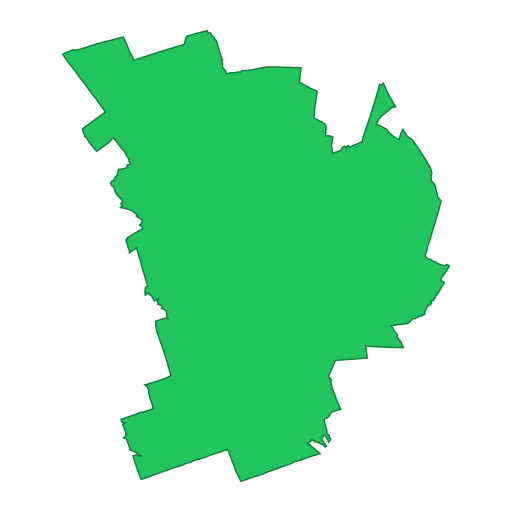 outline of Gorbanesti, Botosani, Romania
{"feature_id": "2599482B80861129440907", "entity_name": "Gorbanesti", "entity_type": "district", "adm_level": 2, "iso_a3": "ROU", "parent_name": "Romania", "parent_adm1": "Botosani", "projection": "albers", "projection_center": [26.871, 47.774], "detail": "fine", "context": "isolated", "style": "filled", "palette": "green", "viewbox_px": 512, "rotation_deg": 0, "n_neighbors": 0, "source": "geoboundaries", "source_scale": "gbopen_adm2", "svg_char_len": 6037}
<svg xmlns="http://www.w3.org/2000/svg" viewBox="0 0 512 512"><path d="M424.9,314.3L424.5,311.8L425.6,310.1L426.6,307.9L427.9,305.9L429.5,304.6L430.5,304.8L430.8,304.5L431.3,302.9L431.2,301.9L431.5,300.9L431.8,300.6L432.8,300.8L433.3,300.2L435.8,296.2L436.1,295.2L437.0,294.7L440.1,289.8L441.7,286.7L443.6,284.2L444.1,282.8L443.9,282.0L443.2,281.5L440.4,280.7L442.0,277.0L446.6,270.7L449.3,266.2L448.5,265.2L446.5,264.6L445.3,265.4L443.9,265.6L440.9,264.6L440.1,264.5L436.8,262.9L436.2,262.2L433.3,261.4L430.2,259.3L429.3,259.3L427.3,258.4L426.6,257.9L425.2,255.8L426.5,251.9L427.4,247.6L427.3,246.5L428.7,243.8L439.0,209.1L439.4,207.8L439.4,206.9L441.2,201.2L438.5,198.0L437.8,197.0L435.6,188.2L435.4,186.2L435.1,185.5L433.7,183.3L432.2,181.7L431.9,181.9L431.5,181.3L431.0,176.3L431.8,173.6L431.1,169.8L429.0,165.4L425.6,159.7L418.0,147.7L413.0,140.8L411.7,139.5L406.6,135.6L405.8,133.7L404.0,131.4L403.1,129.3L402.7,129.6L401.4,132.4L398.9,139.5L397.5,139.2L391.4,134.7L388.5,132.1L387.0,129.8L385.7,128.8L376.6,124.1L377.6,121.3L379.0,119.0L381.0,116.3L386.5,112.1L392.2,107.3L394.0,107.3L395.8,106.7L394.6,105.2L388.5,94.7L383.3,83.2L381.3,85.2L379.7,84.3L376.8,94.7L370.7,114.6L362.8,138.3L362.1,141.7L349.6,147.2L348.7,145.5L347.1,146.1L346.3,147.5L346.2,148.3L345.1,146.6L344.6,146.2L344.3,146.3L342.3,147.5L340.7,150.3L339.9,151.0L337.7,151.4L336.6,152.0L335.3,152.2L334.7,152.9L333.9,152.8L333.2,153.1L332.4,153.0L332.2,149.5L331.8,147.0L331.3,145.1L332.2,141.3L332.9,136.9L331.4,136.3L327.1,135.6L326.2,135.8L325.5,135.6L326.0,128.6L326.0,125.7L324.9,124.3L321.5,121.7L318.3,120.3L313.8,117.7L314.4,111.2L317.1,91.1L310.6,88.4L299.4,82.2L301.0,67.8L275.5,67.0L266.2,67.0L250.8,70.1L241.8,70.7L240.5,72.0L240.0,72.1L237.6,72.0L236.4,72.4L233.8,72.7L230.6,72.7L229.5,73.3L226.2,73.7L225.8,73.5L225.7,72.8L225.8,72.2L225.6,71.1L223.9,68.8L222.6,67.8L222.4,63.7L221.9,61.9L221.8,61.1L221.9,60.5L221.6,60.1L222.6,59.6L221.7,58.0L220.6,55.1L219.2,50.7L218.6,47.2L217.5,44.7L217.5,43.7L216.6,41.4L215.8,40.1L214.7,39.4L214.6,38.6L214.2,37.8L213.6,37.1L212.2,36.2L212.0,35.2L211.4,34.7L210.1,32.7L208.3,33.3L207.3,30.7L193.9,34.0L186.6,36.4L185.8,38.3L184.4,44.1L180.6,45.5L162.7,50.9L133.6,60.3L131.9,55.8L129.1,50.7L127.7,46.9L123.4,37.0L96.4,44.0L79.9,49.3L72.4,50.3L72.4,50.1L65.6,52.7L62.7,54.3L68.7,62.9L73.0,68.2L80.5,78.4L83.6,82.3L91.9,93.7L95.9,98.7L105.4,112.0L82.8,128.6L82.6,129.6L83.5,132.8L84.7,135.1L84.6,136.6L85.5,136.9L87.3,139.1L89.4,142.5L96.7,151.4L108.3,142.9L110.4,140.9L112.1,138.8L113.9,138.2L122.0,149.0L124.6,151.6L125.7,153.9L128.6,158.8L129.5,162.0L130.6,163.4L130.0,164.1L128.4,164.9L127.2,164.9L127.0,165.5L127.1,166.7L126.4,167.9L125.2,168.1L123.5,168.8L122.6,168.7L121.0,169.3L118.6,169.4L118.1,171.9L116.8,175.4L114.9,177.8L113.2,180.8L111.8,181.2L110.7,182.9L110.7,183.2L111.0,183.7L111.3,185.3L113.0,186.3L113.7,187.1L113.6,187.6L114.2,188.5L114.2,189.0L115.3,190.2L115.3,190.9L115.6,191.8L115.6,192.4L115.9,192.9L115.9,193.4L117.1,194.9L118.1,194.9L118.2,195.6L118.0,196.0L118.3,196.6L120.5,198.2L122.8,201.4L120.8,204.0L122.6,206.0L121.7,207.1L120.9,206.9L120.5,207.5L123.3,208.0L129.1,209.5L132.3,210.8L134.2,212.6L135.3,213.0L136.2,213.9L136.7,214.1L136.4,214.9L136.6,215.4L136.4,216.3L139.2,218.0L142.0,220.0L142.2,221.4L141.8,222.6L142.3,222.6L139.8,224.9L139.5,225.5L141.6,225.8L142.9,228.2L140.7,229.7L127.0,237.9L127.4,239.1L126.0,239.9L126.4,241.0L126.6,242.5L127.8,245.7L128.0,247.3L129.3,250.0L129.4,252.7L136.6,248.0L143.9,273.4L147.1,284.1L147.9,286.0L146.1,286.8L145.2,288.2L145.3,289.5L144.8,291.9L145.3,292.4L145.3,292.8L145.0,293.8L145.2,295.0L145.4,295.2L145.8,295.0L148.1,292.9L149.3,293.8L149.2,294.3L149.7,294.5L150.3,295.1L150.7,295.0L151.4,295.8L154.4,300.9L158.5,299.0L157.5,301.0L157.4,301.4L158.0,303.0L157.8,304.3L159.1,304.2L160.0,305.2L161.9,305.5L162.1,306.2L161.9,307.5L161.4,308.5L163.5,308.9L166.0,310.8L166.6,313.7L166.8,316.3L167.9,318.6L165.4,318.1L155.5,321.2L155.8,322.0L155.9,323.5L155.5,324.5L157.0,331.7L160.6,342.4L162.9,348.6L167.4,362.8L170.9,375.6L167.6,377.4L160.8,380.0L150.3,383.3L149.3,383.2L148.5,383.9L147.2,384.4L144.9,384.7L147.5,387.3L148.6,389.5L148.9,391.3L148.7,392.1L149.6,396.9L152.4,405.0L153.2,408.7L143.0,412.2L140.9,412.7L140.6,412.1L138.5,413.1L138.6,413.3L121.1,419.4L122.0,422.3L125.1,423.0L122.8,424.4L122.7,424.6L124.5,429.2L126.7,434.2L125.8,434.2L125.1,436.9L124.0,437.5L123.6,438.2L126.4,438.6L129.3,446.8L130.4,450.2L132.1,450.5L137.5,453.5L138.1,453.9L139.5,455.6L141.1,455.5L141.2,455.9L139.1,456.0L136.0,454.9L133.0,456.0L135.9,465.3L139.1,474.4L141.2,479.4L149.1,476.8L154.4,474.6L174.0,467.7L180.3,465.8L186.6,463.3L192.0,461.7L192.3,461.5L192.3,461.1L196.3,459.7L197.3,459.2L198.1,459.5L200.4,458.9L206.7,456.7L209.1,455.6L227.5,449.5L229.7,454.4L235.1,468.9L236.6,472.5L240.9,481.3L254.7,476.6L262.6,474.1L263.4,474.1L264.3,473.3L266.3,472.4L292.2,463.1L294.8,461.6L302.0,459.7L304.9,458.6L305.9,458.0L320.1,453.6L317.0,451.2L313.1,447.4L311.7,446.7L310.1,444.8L308.4,444.1L307.3,443.1L307.5,442.8L308.2,442.5L309.0,442.5L310.0,442.0L310.8,441.1L310.6,440.5L310.9,440.1L313.1,440.2L314.4,441.0L314.8,441.4L314.9,441.9L315.7,441.3L317.0,442.3L318.2,442.5L320.1,443.4L321.4,444.3L322.0,444.2L325.6,446.9L326.6,446.2L324.4,443.5L322.9,440.8L322.5,439.8L322.4,438.6L321.8,437.2L322.1,436.6L322.4,436.4L323.1,436.6L324.8,435.2L325.2,435.5L328.8,442.1L330.5,439.6L330.4,438.5L329.3,436.8L329.4,436.2L329.2,435.4L327.8,434.3L326.8,432.6L326.6,431.9L326.9,431.3L326.9,430.8L325.2,425.6L325.0,423.7L324.5,422.0L324.3,419.2L327.8,417.5L328.7,416.6L330.8,413.2L332.6,411.5L334.0,411.3L340.7,409.2L338.0,403.3L331.2,385.8L331.6,385.2L331.0,382.7L330.9,381.3L331.2,379.5L328.3,376.8L335.4,360.4L367.4,358.0L365.6,346.2L387.9,347.3L403.5,347.6L402.0,344.9L400.6,341.1L399.9,341.3L398.5,338.8L397.3,337.3L397.1,336.5L397.5,335.9L397.5,334.7L394.2,330.8L391.3,325.7L407.6,323.5L409.8,321.9L412.9,318.3L414.6,318.8L420.3,315.8L421.8,316.0L422.5,314.7L423.3,314.9L424.9,314.3Z" fill="#22c55e" stroke="#15803d" stroke-width="1.5"/></svg>